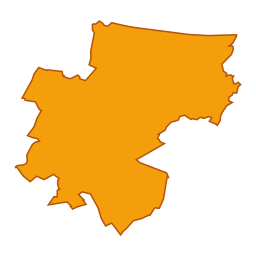 outline of Celbridge Lea-4, Kildare, Ireland
{"feature_id": "5873133B70404185317284", "entity_name": "Celbridge Lea-4", "entity_type": "district", "adm_level": 2, "iso_a3": "IRL", "parent_name": "Ireland", "parent_adm1": "Kildare", "projection": "equal_earth", "projection_center": [-6.548, 53.32], "detail": "fine", "context": "isolated", "style": "filled", "palette": "amber", "viewbox_px": 256, "rotation_deg": 0, "n_neighbors": 0, "source": "geoboundaries", "source_scale": "gbopen_adm2", "svg_char_len": 1892}
<svg xmlns="http://www.w3.org/2000/svg" viewBox="0 0 256 256"><path d="M222.6,111.8L226.7,105.7L232.4,102.4L228.7,100.8L229.0,97.2L232.2,95.0L233.2,92.7L236.7,93.1L238.1,86.9L240.6,84.6L238.1,82.3L237.3,83.2L234.0,83.9L232.2,78.4L233.6,76.1L232.3,76.1L230.8,74.9L226.0,76.0L226.9,73.5L223.4,71.1L221.9,64.1L231.4,54.5L233.3,49.6L232.8,46.1L229.2,46.0L233.0,42.9L236.6,35.9L236.5,34.8L208.4,35.6L188.9,34.5L135.2,27.6L128.1,26.4L121.5,25.0L111.8,22.7L107.9,26.0L106.7,26.2L104.1,25.3L102.9,23.4L99.3,21.1L95.5,24.2L93.9,23.8L92.4,24.5L92.4,29.6L94.3,33.1L90.8,50.9L90.9,58.5L89.1,64.8L96.2,68.3L85.5,80.6L79.6,78.7L79.8,76.9L77.7,75.0L71.2,78.4L68.8,78.5L63.5,76.5L64.1,75.6L62.7,75.0L62.2,71.5L47.4,69.8L46.9,70.5L38.7,67.5L34.2,73.7L32.0,80.1L22.1,98.1L24.9,98.6L25.1,100.2L35.4,101.9L38.4,107.9L39.9,110.0L41.4,110.5L37.2,117.8L33.9,127.0L27.4,135.6L33.4,137.9L37.0,138.5L39.5,141.1L35.0,142.3L32.5,144.4L26.8,154.9L27.3,160.9L26.3,163.4L23.1,165.0L17.6,165.5L15.4,166.9L15.8,167.6L16.8,167.1L23.1,175.9L30.1,181.7L36.6,176.2L44.1,179.6L53.5,174.4L59.2,178.6L57.8,180.5L57.6,183.9L58.5,187.5L59.8,189.0L57.7,189.8L57.2,190.9L57.2,196.9L54.1,196.6L48.3,204.9L66.9,201.9L71.1,206.0L70.4,206.4L72.7,209.1L76.9,207.0L86.0,204.3L83.3,200.3L84.0,200.0L78.6,194.5L82.2,191.9L90.5,194.0L98.1,207.9L101.3,218.5L105.6,226.0L111.7,223.1L120.6,234.9L123.0,231.5L127.6,227.3L133.4,220.7L141.4,218.6L149.0,215.1L149.9,215.4L154.7,207.9L159.3,208.3L163.4,199.2L167.1,177.3L168.5,177.5L166.6,172.9L140.2,162.8L136.3,159.7L164.4,143.6L160.1,141.7L159.2,139.7L157.6,138.5L159.4,134.4L158.5,134.2L165.0,130.3L166.6,126.9L170.9,122.3L178.1,120.2L180.1,116.4L184.6,115.3L190.9,119.4L192.7,118.7L196.9,119.7L199.7,117.7L202.2,117.4L202.8,118.2L205.2,118.1L208.5,116.5L211.7,117.7L209.3,121.3L216.0,124.2L217.2,125.4L220.3,120.4L220.6,115.9L222.6,111.8Z" fill="#f59e0b" stroke="#b45309" stroke-width="1.5"/></svg>